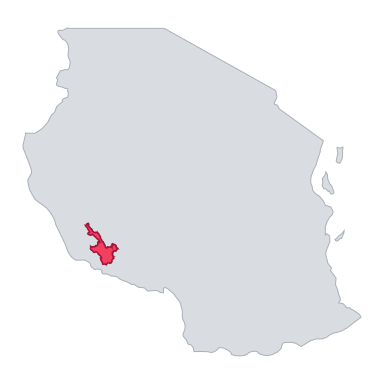 location of Sumbawanga, Rukwa, United Republic of Tanzania
{"feature_id": "72390352B27717411944051", "entity_name": "Sumbawanga", "entity_type": "district", "adm_level": 2, "iso_a3": "TZA", "parent_name": "United Republic of Tanzania", "parent_adm1": "Rukwa", "projection": "mercator", "projection_center": [31.975, -8.085], "detail": "fine", "context": "in_parent", "style": "filled", "palette": "rose", "viewbox_px": 384, "rotation_deg": 0, "n_neighbors": 0, "source": "geoboundaries", "source_scale": "gbopen_adm2", "svg_char_len": 8330}
<svg xmlns="http://www.w3.org/2000/svg" viewBox="0 0 384 384"><path d="M132.1,284.6L127.2,282.0L122.7,280.4L119.0,278.6L117.4,276.9L113.9,276.2L110.9,276.0L108.2,274.3L102.5,273.8L101.9,272.7L101.8,270.3L100.8,269.7L98.7,269.1L96.5,269.1L95.1,269.5L94.3,269.3L92.5,267.9L90.8,266.1L90.1,263.3L87.5,261.5L84.5,260.0L76.2,260.2L74.9,259.7L72.9,258.3L70.6,255.9L68.8,253.2L67.1,249.6L65.4,244.6L55.9,224.9L54.9,221.2L53.1,217.1L50.0,212.0L46.8,208.2L42.4,204.8L37.4,201.4L34.8,199.1L29.6,189.9L28.6,185.5L27.8,181.1L28.1,179.2L31.3,173.5L31.6,171.8L31.3,169.6L29.7,165.0L27.7,159.5L23.6,149.3L23.0,146.7L23.1,144.8L25.5,134.5L25.5,133.1L35.0,133.3L42.0,128.7L48.0,122.0L49.2,119.2L51.7,114.8L54.1,112.7L55.1,111.2L56.5,106.9L59.6,104.0L62.7,101.7L62.1,100.1L62.6,99.6L64.2,98.4L67.5,97.3L68.2,95.1L68.2,92.5L67.6,91.1L67.7,89.5L67.2,88.5L65.1,88.3L61.9,87.0L59.2,86.5L57.4,85.8L56.7,85.2L56.4,83.7L57.9,79.7L56.4,78.1L59.8,71.6L60.4,70.8L61.6,70.7L63.5,70.0L65.2,69.7L66.7,69.9L67.8,69.7L68.7,68.9L69.5,66.7L70.2,63.0L69.8,60.0L68.4,57.7L68.0,54.1L68.7,49.3L68.2,45.4L66.7,42.2L65.1,40.3L62.7,39.4L59.0,34.6L57.8,32.3L58.0,30.8L59.3,30.2L61.7,30.4L64.0,29.9L66.1,28.5L68.1,28.1L69.2,28.4L164.3,28.4L275.4,90.4L275.9,91.1L276.8,96.5L276.6,98.3L274.9,101.4L274.4,103.0L274.3,104.1L274.8,104.5L276.2,104.7L277.5,105.4L277.9,106.0L278.9,108.3L280.1,109.5L322.3,140.0L323.3,140.5L322.7,143.0L320.3,149.2L320.2,151.8L319.2,154.9L318.3,156.9L315.9,165.6L313.9,168.9L311.1,176.6L310.6,182.4L312.2,186.5L312.7,190.4L316.0,194.2L318.6,195.5L320.4,197.3L323.5,201.2L325.3,205.2L330.9,207.1L333.1,211.6L332.3,214.6L329.7,217.2L327.3,221.3L325.3,226.7L325.3,234.9L326.6,233.7L329.6,235.7L329.9,241.8L326.9,248.9L325.9,252.2L325.8,255.0L328.0,263.5L331.4,267.8L331.1,269.2L330.3,270.3L336.0,278.0L335.5,284.7L337.7,289.9L338.6,294.4L340.1,297.8L340.3,300.2L338.6,302.9L342.8,303.5L345.2,305.7L346.4,307.8L349.4,307.7L351.1,309.1L353.5,310.3L358.7,313.7L360.1,315.5L361.0,317.2L346.6,328.2L341.3,331.0L337.6,332.3L333.7,333.0L329.9,334.8L326.3,337.5L321.8,338.9L316.2,338.9L310.3,340.8L301.1,346.5L295.8,343.3L291.6,342.3L286.8,342.4L283.8,342.8L282.8,343.5L281.8,345.4L281.1,348.6L277.9,351.7L272.3,354.6L267.2,355.7L262.5,354.9L259.4,353.7L257.7,352.0L255.3,351.2L252.0,351.4L249.0,352.6L246.0,354.9L241.3,355.9L234.8,355.6L231.4,354.4L230.9,352.5L228.1,350.3L222.9,347.8L219.1,347.7L216.6,350.2L214.4,351.7L212.3,352.3L210.5,352.4L207.9,351.7L200.8,351.5L194.0,351.6L193.3,348.0L191.9,345.9L190.7,344.6L188.4,344.3L187.7,343.3L186.9,341.1L185.8,339.2L184.3,337.6L183.3,336.2L183.0,334.9L183.3,333.4L184.7,329.8L185.1,327.3L185.0,324.7L184.2,322.1L182.6,319.0L182.8,318.1L182.2,316.0L182.2,314.6L182.5,312.7L182.2,310.3L180.8,305.1L180.8,303.8L179.3,301.3L174.8,295.4L174.6,294.6L167.6,288.6L164.8,287.3L163.7,288.4L163.4,289.5L163.7,291.4L163.5,292.3L163.2,292.8L161.5,292.7L160.5,292.5L157.8,290.9L155.7,290.5L150.6,290.8L148.8,291.1L147.3,290.8L144.6,288.0L141.4,287.5L138.5,287.3L133.8,284.2L132.1,284.6ZM331.6,185.6L333.9,192.1L333.6,193.3L332.0,194.1L331.2,194.1L330.1,193.1L329.4,190.9L328.2,191.4L326.0,188.8L323.9,188.7L322.1,185.6L322.8,182.8L322.4,178.2L324.7,175.8L325.9,171.8L327.4,174.5L327.7,178.8L329.7,183.8L331.6,185.6ZM342.8,147.0L343.0,148.5L342.5,149.9L342.6,154.5L342.4,157.6L340.7,161.8L339.3,163.3L338.0,162.9L337.0,162.2L336.2,161.0L337.8,153.3L337.0,147.6L340.2,148.1L342.8,147.0ZM338.1,240.7L336.5,241.1L335.9,240.7L334.9,239.5L336.6,238.4L338.3,236.3L342.2,233.2L344.1,230.7L343.8,233.1L341.6,238.4L339.7,238.7L338.1,240.7Z" fill="#d9dde1" stroke="#a8b0b8" stroke-width="1"/><path d="M85.3,225.2L85.8,226.0L86.1,226.6L86.9,227.4L87.3,227.8L87.6,228.3L87.7,228.8L87.9,229.1L88.0,229.5L88.9,230.6L89.3,231.5L89.7,232.0L89.1,232.2L88.0,233.1L88.0,233.4L87.9,233.5L88.0,233.6L88.0,234.0L88.3,234.4L88.9,234.6L89.2,234.6L89.8,235.0L90.6,235.3L90.9,235.2L91.7,234.8L91.8,234.7L92.2,234.2L92.5,234.5L93.2,235.1L93.4,235.2L93.6,235.5L94.1,235.9L95.0,236.6L96.0,237.6L96.6,238.3L96.9,238.5L97.1,238.8L97.5,239.0L98.1,239.5L98.7,239.9L99.0,240.4L99.5,240.9L99.6,241.2L99.6,241.4L99.7,241.7L99.8,242.0L99.6,241.9L98.9,241.5L98.7,241.5L98.4,241.6L98.2,241.9L97.8,242.1L97.7,242.7L98.1,243.3L98.3,243.4L97.7,243.8L97.6,244.6L97.6,244.9L97.6,245.0L97.1,245.5L96.9,245.5L96.6,245.8L96.3,245.7L96.1,245.6L95.6,245.6L95.5,246.2L95.2,246.6L94.7,246.7L94.4,246.6L94.1,246.5L93.9,246.6L93.2,246.7L92.9,247.1L92.5,247.0L92.3,246.8L92.2,246.8L91.9,246.9L91.4,246.9L90.9,246.5L90.7,246.5L90.6,246.4L90.6,246.6L90.7,246.9L90.8,247.2L90.4,248.5L90.6,249.1L91.1,249.9L91.5,250.0L92.2,250.5L93.2,251.7L93.8,252.3L94.2,252.2L94.4,252.3L94.7,252.4L95.1,252.2L95.4,252.0L96.6,251.9L96.9,252.1L97.3,252.5L97.7,253.1L98.0,253.8L98.4,254.2L98.9,254.2L99.0,254.7L99.2,255.0L100.0,255.4L100.3,255.7L101.3,257.1L101.6,257.9L100.4,258.0L100.8,259.4L100.8,259.9L101.3,260.9L101.9,261.6L102.1,261.9L102.3,262.4L102.3,262.7L102.4,262.9L102.4,263.1L102.6,263.4L102.7,264.2L102.9,264.2L104.0,264.1L104.4,264.0L104.6,264.1L104.8,264.2L105.1,264.1L105.4,264.3L105.6,264.5L105.9,264.7L106.4,264.8L106.7,264.0L107.1,263.7L107.3,263.3L108.2,262.8L109.4,262.8L109.5,262.9L109.6,263.2L109.8,263.3L110.7,263.1L111.0,263.0L111.2,262.7L111.4,262.2L111.6,262.1L111.6,261.8L111.6,261.7L111.8,261.6L112.0,261.5L112.0,261.0L111.9,260.1L112.3,259.7L112.5,259.5L112.6,259.4L112.9,259.1L113.1,258.9L113.1,258.7L113.1,258.2L113.3,258.2L113.2,258.1L113.2,257.9L113.4,257.8L113.2,257.8L113.2,257.7L113.3,257.6L113.3,257.4L113.7,257.1L113.8,257.0L113.7,257.0L113.4,257.1L113.3,256.9L113.5,256.8L113.3,256.7L113.3,256.4L113.1,256.4L113.0,256.2L113.2,256.3L113.3,256.0L113.2,255.9L113.0,255.7L112.9,255.9L112.8,255.6L112.7,255.5L112.5,255.4L112.4,255.1L112.6,255.0L112.6,254.9L112.4,255.0L112.3,254.9L112.6,254.7L112.7,254.3L112.6,254.2L112.6,253.8L112.5,253.7L112.4,253.6L112.6,253.4L112.4,253.5L112.3,253.4L112.4,252.9L112.7,252.8L112.6,252.5L113.0,252.6L113.1,252.3L112.9,252.2L113.0,252.0L113.2,251.7L113.4,251.7L113.4,251.8L113.5,251.7L113.5,251.0L113.9,250.9L114.0,251.0L114.1,250.9L114.2,250.7L114.3,250.7L114.4,251.0L114.8,250.9L115.0,250.7L115.2,250.8L115.2,251.1L115.5,251.1L115.8,251.1L115.9,250.7L116.2,250.6L116.4,250.1L116.7,250.0L116.8,249.9L116.9,249.3L117.0,249.3L117.2,248.9L117.4,248.8L117.5,248.8L117.5,249.0L117.7,248.9L117.8,248.7L118.0,248.7L117.8,248.4L117.5,248.3L117.1,247.8L116.6,247.7L116.5,247.3L116.3,247.3L116.3,247.2L116.3,246.8L116.1,246.6L116.1,246.4L116.0,246.2L116.1,245.6L115.9,245.4L115.5,245.3L115.4,245.0L115.1,244.9L115.1,245.0L115.0,244.9L114.7,244.8L114.6,244.6L114.4,244.6L114.2,244.5L114.0,244.4L113.8,244.4L113.8,244.2L113.6,244.1L113.5,244.3L113.3,244.0L112.8,243.8L112.7,244.2L112.6,244.3L112.3,244.4L112.4,244.7L112.6,245.0L112.4,245.0L112.2,244.9L112.2,245.1L112.3,245.2L112.2,245.3L112.0,245.1L111.9,245.0L112.0,247.4L111.8,247.1L111.3,246.7L110.8,246.4L110.7,246.5L110.4,247.0L110.2,247.0L109.4,247.0L109.1,247.1L108.2,246.9L107.7,246.8L107.7,247.0L107.5,247.6L107.4,247.6L107.3,247.8L107.2,247.8L107.0,248.0L106.7,248.0L106.6,247.9L106.4,247.9L106.3,247.7L106.2,247.7L105.8,247.6L105.6,247.4L105.5,246.6L105.2,246.5L105.2,246.4L105.2,246.2L105.1,245.3L104.7,244.8L104.4,244.7L104.1,243.9L104.1,243.4L103.7,243.0L103.5,242.6L103.2,242.5L103.0,242.3L102.8,241.6L102.7,241.6L102.8,241.5L102.3,241.3L102.0,240.9L101.6,240.3L101.6,240.0L101.6,239.8L101.6,239.7L101.4,239.3L101.1,239.1L100.8,238.8L100.4,238.4L100.4,238.0L100.5,238.0L100.5,237.7L100.5,237.2L100.3,236.8L100.3,236.6L100.3,236.3L100.2,236.2L99.5,235.2L99.2,234.7L98.9,234.1L98.6,234.0L98.5,233.7L98.4,233.4L98.0,233.3L97.9,233.0L97.7,233.0L97.5,232.6L97.3,232.3L97.2,232.7L96.9,232.5L96.7,232.5L96.6,232.4L96.3,232.4L96.0,232.3L95.8,232.3L95.5,232.3L95.0,232.6L94.5,232.4L94.3,232.4L94.2,232.4L93.9,232.3L93.7,232.0L93.4,231.6L93.0,231.5L92.7,231.4L92.5,231.2L92.3,230.7L92.4,230.2L92.2,229.8L92.1,229.7L91.9,229.6L91.6,229.5L91.6,229.4L91.4,229.3L91.3,229.2L91.2,229.0L91.0,228.9L91.2,228.7L90.8,228.5L90.6,228.3L90.3,228.2L90.1,227.8L90.0,227.6L89.9,227.5L89.9,227.2L89.7,227.1L89.4,227.0L88.8,226.4L88.6,225.7L88.6,225.3L88.7,224.9L88.8,224.8L88.8,224.6L88.6,224.5L88.7,224.4L88.5,224.2L88.4,223.7L88.5,223.5L88.3,223.3L88.0,223.4L87.8,223.5L87.1,223.6L86.9,223.8L87.0,224.7L86.9,225.1L85.9,225.2L85.3,225.2Z" fill="#f43f5e" stroke="#9f1239" stroke-width="1.5"/></svg>